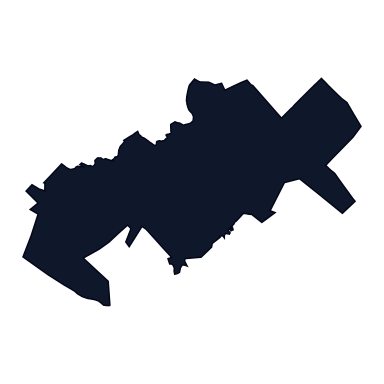 Yajalón, Chiapas, Mexico (orthographic projection)
{"feature_id": "50627088B12149275073321", "entity_name": "Yajalón", "entity_type": "district", "adm_level": 2, "iso_a3": "MEX", "parent_name": "Mexico", "parent_adm1": "Chiapas", "projection": "orthographic", "projection_center": [-92.339, 17.178], "detail": "fine", "context": "isolated", "style": "filled", "palette": "ink", "viewbox_px": 384, "rotation_deg": 0, "n_neighbors": 0, "source": "geoboundaries", "source_scale": "gbopen_adm2", "svg_char_len": 5763}
<svg xmlns="http://www.w3.org/2000/svg" viewBox="0 0 384 384"><path d="M361.0,126.4L354.0,114.7L346.9,102.5L341.7,98.6L339.9,96.8L339.0,96.0L337.5,94.6L331.4,88.6L329.2,86.4L328.8,86.1L327.8,85.0L324.2,81.2L323.4,80.5L321.4,78.4L320.6,79.3L318.3,81.4L317.7,82.1L314.0,85.5L313.2,86.4L311.2,88.3L308.8,90.7L308.1,91.4L307.5,92.0L305.4,94.1L303.1,96.4L301.7,97.8L300.0,99.4L299.1,100.4L297.0,102.5L294.5,105.0L293.2,106.5L292.7,107.1L292.4,107.4L291.8,107.9L291.3,108.3L289.8,109.8L285.0,114.6L283.7,115.9L282.5,117.1L282.0,117.6L281.4,118.1L252.7,85.4L251.2,85.0L247.0,80.1L240.7,82.7L224.8,90.2L222.4,85.0L221.6,83.3L214.9,85.0L208.8,82.2L200.3,82.0L198.7,81.4L196.7,80.3L194.5,79.0L189.5,85.0L188.9,86.6L188.1,89.8L187.6,92.2L186.8,96.4L186.8,96.9L186.7,97.8L186.6,98.7L186.5,100.4L186.5,101.1L186.7,101.9L187.0,102.6L186.9,104.0L187.4,105.2L187.5,106.1L188.5,109.0L188.8,109.7L189.3,110.4L190.4,111.7L192.1,113.4L193.5,116.6L193.1,120.8L190.4,123.3L187.8,124.0L186.0,124.4L183.4,125.2L179.5,123.0L177.7,122.9L175.0,121.8L173.8,122.6L173.2,123.0L172.6,123.3L171.9,123.7L171.7,123.8L171.1,124.2L170.9,124.3L170.7,124.5L170.8,128.3L170.9,129.9L170.9,131.3L171.2,132.3L171.2,133.2L170.7,133.4L170.2,133.6L169.8,133.7L169.5,133.8L169.2,133.9L169.0,134.0L168.7,134.2L168.1,134.3L167.4,134.3L167.0,134.5L166.8,134.5L166.6,134.6L166.4,134.6L166.3,134.8L166.2,134.9L166.1,135.0L166.2,135.6L166.3,135.8L166.8,136.2L167.1,136.4L167.2,136.5L167.2,137.1L167.2,137.5L166.9,138.2L166.6,138.5L166.3,138.5L166.1,138.8L165.9,138.8L165.4,139.2L164.5,140.3L164.2,140.7L164.0,140.9L163.7,140.9L163.1,140.8L162.3,140.8L162.3,141.0L162.0,141.3L161.7,141.5L161.4,141.4L160.8,141.3L160.6,141.3L160.2,141.1L160.1,140.8L159.7,140.7L159.1,140.8L158.7,141.0L158.1,141.0L157.7,141.1L157.3,141.3L156.6,141.8L156.5,142.1L156.6,142.5L156.6,142.8L156.5,143.4L156.5,143.5L156.5,143.9L156.5,144.1L156.4,144.5L156.3,144.8L155.9,145.1L155.7,145.2L155.2,145.3L154.9,145.3L154.4,145.4L154.2,145.3L150.9,142.9L150.4,142.6L149.7,142.3L149.5,142.0L149.0,141.7L148.4,141.1L148.1,140.8L147.7,140.6L145.4,139.0L145.1,138.7L144.7,138.6L144.3,138.3L143.9,137.9L143.0,137.7L142.4,137.4L141.9,137.1L141.4,136.8L140.7,135.8L140.1,135.4L139.7,135.1L139.1,134.7L138.5,133.4L137.7,131.4L134.3,133.6L134.4,133.9L133.9,134.2L132.1,135.3L131.0,135.9L129.8,136.6L129.5,136.8L128.8,137.2L128.2,137.6L126.0,139.0L125.0,139.6L123.8,140.4L124.5,141.2L124.7,141.4L124.0,142.1L123.2,143.2L122.6,144.0L121.9,144.7L121.6,145.0L121.3,145.3L120.5,146.2L120.2,146.5L120.1,147.3L119.7,147.8L119.4,148.7L119.1,149.4L118.8,150.3L118.3,154.9L118.1,155.3L118.0,155.7L117.8,156.0L117.6,156.4L117.4,156.6L117.1,156.7L116.8,156.8L116.5,156.8L115.8,156.8L115.4,157.0L115.1,157.2L114.8,157.3L114.4,158.2L114.1,158.7L112.8,159.6L113.4,160.2L113.3,160.3L113.1,160.9L111.8,160.3L111.5,160.5L111.1,160.6L110.7,160.6L110.3,160.3L109.8,160.0L108.5,159.7L108.1,159.6L107.7,159.5L106.7,159.0L106.1,158.8L105.7,158.7L105.4,158.8L104.9,158.9L104.4,159.1L104.0,159.4L103.6,159.6L103.2,159.5L102.6,159.2L102.0,158.7L101.2,158.1L100.3,157.9L99.7,158.0L99.1,158.0L98.4,158.0L98.1,157.8L97.5,158.0L97.0,158.5L96.6,158.8L96.4,159.0L96.2,159.2L96.0,159.6L95.8,159.7L95.4,160.0L95.1,160.2L94.9,160.7L94.9,161.3L95.1,161.6L95.1,161.9L95.2,162.3L95.3,162.5L95.2,163.1L95.2,163.6L95.0,164.3L94.9,164.3L94.7,164.5L94.3,165.1L94.3,165.3L94.0,165.5L93.7,165.9L93.3,166.0L93.0,166.2L92.6,166.4L92.2,166.5L91.8,166.4L91.1,165.9L90.9,165.7L90.7,165.6L90.3,165.5L90.2,165.6L89.4,165.8L89.0,165.8L88.8,165.8L88.4,165.8L88.1,165.8L87.9,165.7L87.2,165.6L85.4,164.7L84.0,164.0L83.2,163.7L81.6,163.0L80.7,163.8L79.9,164.6L81.3,165.2L81.7,165.9L83.0,166.7L82.3,166.7L80.1,166.6L78.9,166.5L77.8,166.2L77.2,166.4L77.0,166.5L76.5,166.8L76.2,166.9L76.1,167.0L75.8,167.3L75.5,167.7L75.4,168.0L74.8,168.5L74.3,168.7L74.0,168.7L73.7,168.9L72.9,169.1L72.7,169.1L72.3,169.2L71.8,169.2L71.3,169.5L70.3,169.5L68.7,168.8L66.5,167.7L64.2,165.8L61.6,163.9L60.5,165.1L49.6,176.7L43.8,182.8L44.9,183.2L44.9,186.2L44.8,190.9L41.0,189.6L39.0,189.0L36.5,187.4L33.6,185.7L32.0,184.7L26.1,191.1L38.1,203.0L30.2,209.5L38.1,214.1L31.1,235.9L23.0,256.9L48.3,274.9L64.0,284.9L74.6,291.1L77.4,293.7L82.3,296.6L87.5,298.4L91.3,299.0L94.9,299.7L98.6,301.0L101.5,303.3L103.5,305.1L106.3,305.5L108.9,305.6L109.6,305.5L109.9,305.2L108.2,281.3L83.2,258.1L99.4,249.0L108.9,242.2L118.2,233.5L127.6,225.1L131.0,228.6L125.8,242.0L129.2,246.7L142.0,226.4L143.7,227.6L144.7,228.2L146.2,229.3L151.0,234.6L157.4,241.7L164.4,249.5L171.7,257.4L168.0,258.7L169.7,264.0L171.5,264.0L172.4,264.5L173.3,265.5L173.5,266.3L174.0,267.3L174.3,268.3L174.3,269.1L174.1,271.0L174.1,271.3L174.7,274.2L175.7,274.0L176.4,273.8L177.1,273.6L177.5,273.4L178.0,273.2L178.4,273.0L178.6,272.8L179.5,272.3L180.4,267.9L182.2,265.0L183.3,265.0L185.0,265.2L185.8,265.5L187.1,266.0L184.6,261.1L185.0,258.6L201.1,257.2L211.6,247.1L212.2,243.5L220.1,237.3L220.0,236.4L222.6,235.6L224.3,237.8L224.3,235.6L225.4,233.4L226.6,233.6L229.4,234.1L229.5,233.7L229.9,233.3L230.0,232.9L230.0,232.5L229.7,232.2L229.3,231.8L229.2,231.7L228.7,231.3L228.5,231.2L228.4,230.0L230.1,229.0L231.0,230.8L233.1,229.8L232.4,227.3L229.7,228.4L232.2,225.7L232.4,225.4L232.6,225.1L232.9,224.9L233.2,224.8L233.3,224.7L233.5,224.5L233.5,224.4L233.7,224.2L234.0,223.8L234.1,223.4L234.3,223.1L234.5,222.9L234.6,222.7L234.8,222.1L235.8,220.5L236.2,221.1L241.0,216.0L241.7,215.2L242.2,214.5L242.6,214.3L242.8,214.0L243.6,213.4L245.7,213.6L249.3,214.3L251.7,214.4L258.9,220.1L261.8,222.4L266.0,219.4L266.2,219.2L268.1,217.8L275.1,212.6L270.1,210.7L284.4,182.6L299.5,178.7L319.9,195.0L342.4,213.3L355.1,201.3L353.0,198.8L346.3,189.6L339.4,180.1L334.8,173.5L330.5,170.0L325.7,165.4L331.9,158.8L352.8,137.4L361.0,126.4Z" fill="#0f172a" stroke="#020617" stroke-width="1.5"/></svg>